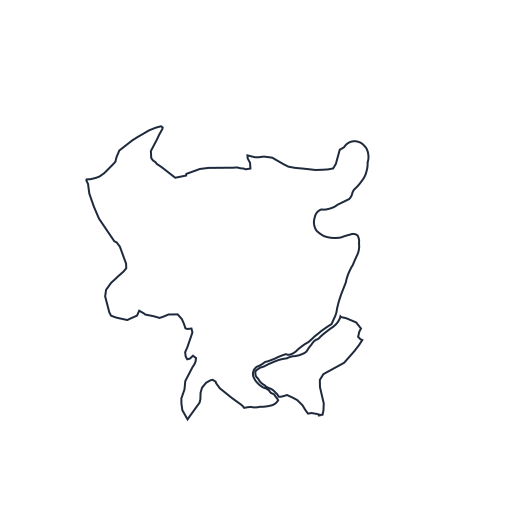 the district of Shirbin, Ad Daqahliyah, Egypt, rotated 323°
{"feature_id": "37247803B76793683664752", "entity_name": "Shirbin", "entity_type": "district", "adm_level": 2, "iso_a3": "EGY", "parent_name": "Egypt", "parent_adm1": "Ad Daqahliyah", "projection": "mercator", "projection_center": [31.57, 31.249], "detail": "fine", "context": "isolated", "style": "outline", "palette": "slate", "viewbox_px": 512, "rotation_deg": 323, "n_neighbors": 0, "source": "geoboundaries", "source_scale": "gbopen_adm2", "svg_char_len": 6148}
<svg xmlns="http://www.w3.org/2000/svg" viewBox="0 0 512 512"><g transform="rotate(323 256 256)"><path d="M103.0,345.3L105.7,344.4L122.6,339.2L125.2,337.1L129.4,331.9L133.6,328.7L139.8,327.2L144.5,327.8L146.8,328.7L148.1,332.0L147.6,333.6L147.5,339.9L151.1,354.2L152.7,359.5L154.7,365.9L155.1,368.0L155.1,370.1L158.4,371.8L161.0,373.4L162.5,375.0L163.6,375.9L164.3,376.5L165.1,377.0L166.3,377.8L168.3,378.7L169.8,379.9L170.8,380.6L172.9,381.9L174.6,382.8L175.7,383.4L178.9,384.8L180.3,385.2L182.0,385.4L183.3,385.4L184.3,385.3L185.7,384.9L186.9,384.5L187.0,383.8L187.1,382.8L187.1,381.9L187.0,380.8L187.0,380.1L187.1,378.9L187.2,377.9L187.0,377.2L186.8,376.6L185.5,374.4L185.6,374.2L185.4,373.4L185.4,372.8L185.5,371.5L185.3,370.5L185.0,369.5L184.6,368.6L184.3,367.9L183.8,367.1L183.2,366.3L182.5,365.1L181.9,363.5L181.3,361.5L180.9,359.6L180.7,357.6L180.6,356.1L180.6,355.1L180.8,353.1L181.1,351.7L181.2,351.1L181.3,350.6L181.6,350.1L182.0,349.2L182.7,348.2L183.3,347.5L183.8,347.1L184.8,346.3L185.9,345.7L187.0,345.3L188.6,345.0L189.8,344.9L192.0,345.5L194.4,345.9L196.7,346.1L199.4,346.1L202.6,347.4L205.7,348.3L208.8,349.2L212.0,349.8L214.4,350.4L218.0,351.4L220.6,352.3L220.8,352.4L221.2,353.1L221.9,353.9L222.7,354.6L223.4,355.0L224.2,355.3L224.9,355.6L226.2,355.9L227.5,356.1L228.8,356.2L230.1,356.2L231.5,356.1L232.8,355.9L234.1,355.8L238.1,355.7L242.1,355.8L246.0,356.3L250.3,356.0L254.3,355.5L259.1,355.4L263.3,355.2L266.3,355.3L269.5,355.4L272.7,355.6L275.2,355.9L282.6,351.9L283.5,351.4L284.8,350.5L285.7,349.9L286.9,348.8L288.1,347.8L288.9,346.9L291.5,344.8L294.2,342.6L297.0,340.6L301.2,337.7L311.8,331.2L312.9,330.2L314.6,328.8L316.4,327.5L318.2,326.3L320.0,325.2L322.6,323.8L325.2,322.5L327.6,321.6L333.3,318.3L338.0,315.8L339.6,314.8L340.8,313.9L341.8,313.0L342.5,312.3L343.5,311.3L344.4,310.1L344.9,309.4L346.0,307.6L346.6,307.0L347.3,306.2L347.9,305.3L348.2,304.7L348.7,303.7L349.0,302.7L349.3,301.7L349.5,300.7L349.1,299.6L348.7,298.8L348.0,297.9L347.4,297.3L346.7,296.7L346.3,296.4L345.2,295.9L343.9,295.5L341.8,294.6L339.4,293.7L337.0,292.9L335.4,292.5L333.6,291.6L332.1,290.6L331.1,290.0L329.6,288.9L328.2,287.8L326.9,286.6L325.6,285.3L324.4,283.9L323.3,282.5L322.5,281.4L321.5,279.3L321.0,277.8L320.6,276.8L320.3,275.7L319.9,274.1L319.6,272.5L319.6,272.0L319.6,271.8L319.8,270.1L320.1,268.9L320.5,267.8L321.1,266.3L321.7,265.2L322.4,264.1L323.4,262.9L324.3,262.0L325.2,261.2L326.5,260.3L327.5,259.4L328.4,258.9L329.3,258.5L330.5,258.0L331.5,257.8L332.8,257.7L334.1,257.7L335.1,257.9L336.3,258.2L336.9,258.9L337.9,259.6L338.9,260.4L339.9,261.0L342.8,262.3L345.3,263.2L346.8,263.6L348.9,264.0L350.5,264.1L352.4,264.2L364.8,266.6L366.4,266.2L368.1,265.6L369.0,265.0L369.6,264.7L370.8,263.7L371.7,263.1L372.9,262.5L373.8,262.2L374.3,262.0L376.0,261.8L378.4,261.5L381.5,260.9L385.4,259.8L388.6,258.8L390.6,257.9L392.6,256.8L394.4,255.5L396.2,254.1L397.5,253.0L399.1,251.4L400.2,250.1L401.3,248.6L402.9,247.3L404.2,246.1L405.1,245.0L405.9,244.0L406.8,242.4L407.7,240.7L408.0,240.0L408.4,238.7L408.8,237.1L409.0,235.6L408.9,233.9L408.7,232.2L408.6,231.3L408.3,230.1L407.8,228.7L407.3,227.7L406.5,226.5L405.6,225.3L404.5,224.2L403.4,223.3L402.1,222.6L400.9,222.0L399.9,221.7L398.8,221.4L397.0,221.2L395.9,221.2L394.4,221.4L393.4,221.6L392.0,222.1L389.4,221.9L386.9,221.5L375.2,230.5L370.3,232.5L365.5,230.1L361.4,227.4L355.5,223.3L346.6,214.9L340.1,209.0L335.6,204.1L333.3,199.4L328.1,187.2L322.2,181.4L317.0,178.4L314.6,176.5L309.7,170.5L308.1,173.0L307.3,178.0L304.2,182.8L300.0,180.6L298.8,178.8L296.5,176.7L294.2,173.9L290.7,171.6L285.2,167.5L271.0,157.0L263.5,152.7L249.8,148.5L248.6,149.7L238.6,144.9L234.1,128.2L232.2,122.8L232.2,120.7L231.2,117.5L231.3,114.7L232.7,112.6L235.2,108.9L247.3,103.2L251.6,100.9L257.7,98.2L258.8,97.2L258.2,95.2L252.9,93.1L246.2,91.3L232.7,89.7L226.7,89.2L210.3,89.5L204.1,93.1L200.4,96.1L197.3,96.7L194.6,97.1L184.7,98.5L178.6,98.3L175.3,97.3L170.3,95.2L166.8,92.9L166.0,93.5L165.2,97.4L160.4,105.9L156.2,119.1L153.1,131.7L151.7,158.9L152.9,161.3L152.9,166.6L147.6,184.0L145.0,187.7L140.9,188.7L134.1,189.2L129.9,189.7L124.2,190.2L115.9,192.8L111.2,197.5L104.9,212.8L104.3,216.4L107.4,221.2L114.7,229.7L117.8,230.3L125.1,232.0L129.8,229.4L131.8,234.1L132.4,236.2L138.1,242.6L141.7,247.4L144.8,248.5L151.0,250.1L158.3,255.5L158.8,261.8L157.7,266.6L156.1,271.3L157.2,272.9L160.8,275.1L159.2,278.8L146.2,287.6L141.5,290.2L139.4,293.9L138.9,297.1L141.5,298.2L145.6,297.7L146.7,301.4L144.1,304.0L141.4,305.5L138.3,306.6L124.3,313.3L118.5,319.6L110.7,324.8L107.6,329.0L104.4,334.8L103.4,342.2L103.0,345.3ZM290.3,387.1L289.2,385.0L289.2,384.2L288.9,382.0L289.3,381.7L292.8,378.7L296.2,377.1L296.0,369.3L290.5,359.8L287.2,356.0L287.1,355.0L286.2,355.7L285.0,356.5L284.0,357.0L283.0,357.4L281.9,357.9L280.0,358.4L278.5,358.7L276.4,358.9L274.9,359.0L272.0,358.8L268.6,358.8L263.0,358.9L258.9,359.2L257.7,359.5L256.3,359.6L255.0,359.5L254.2,359.3L253.5,359.0L252.5,359.0L251.3,359.0L250.1,359.2L249.0,359.4L247.9,359.8L246.7,360.2L245.3,360.5L243.7,360.9L242.2,361.4L240.1,362.2L239.3,362.5L238.1,362.7L237.2,362.7L236.0,362.6L233.5,362.0L232.0,361.6L230.4,361.1L228.9,360.4L228.0,360.0L226.5,359.2L225.2,358.3L223.6,357.6L221.5,356.8L220.2,356.5L219.1,356.3L216.3,354.8L213.8,353.6L210.9,352.5L207.1,351.4L204.3,350.7L200.5,349.8L195.8,349.0L195.4,348.9L193.6,348.2L192.0,347.7L190.8,347.6L189.2,347.5L187.9,347.5L186.7,347.6L185.8,348.3L185.2,348.8L184.9,349.3L184.6,349.7L184.2,350.4L183.9,351.1L183.7,351.6L183.6,352.4L183.6,353.5L183.7,354.3L183.9,355.2L183.7,356.7L183.6,358.4L183.7,359.6L183.9,360.8L184.2,361.9L184.4,362.8L185.1,364.4L185.3,365.9L185.8,367.2L186.4,368.5L186.7,369.1L187.3,369.9L187.9,371.0L188.4,372.1L188.9,373.6L189.2,375.2L189.4,377.0L189.6,378.0L189.7,378.7L189.7,380.2L189.5,381.5L189.6,382.2L191.4,383.5L194.0,384.6L197.1,385.7L200.2,391.5L202.2,395.8L203.3,403.2L202.7,409.0L202.7,413.2L205.8,414.8L209.4,418.6L210.5,420.2L211.0,420.7L210.4,421.3L211.0,421.7L213.1,422.3L213.6,422.8L216.7,420.2L221.4,414.5L225.6,405.0L228.2,399.2L232.4,393.4L238.7,390.9L262.1,394.3L269.9,392.7L277.2,391.2L284.5,389.2L290.3,387.1Z" fill="none" stroke="#1e293b" stroke-width="2"/></g></svg>